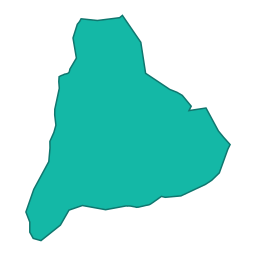 outline of Bayanbulag, Bayanhongor, Mongolia
{"feature_id": "93677404B76460222256412", "entity_name": "Bayanbulag", "entity_type": "district", "adm_level": 2, "iso_a3": "MNG", "parent_name": "Mongolia", "parent_adm1": "Bayanhongor", "projection": "mercator", "projection_center": [98.047, 46.872], "detail": "fine", "context": "isolated", "style": "filled", "palette": "teal", "viewbox_px": 256, "rotation_deg": 0, "n_neighbors": 0, "source": "geoboundaries", "source_scale": "gbopen_adm2", "svg_char_len": 1003}
<svg xmlns="http://www.w3.org/2000/svg" viewBox="0 0 256 256"><path d="M230.1,144.6L223.5,137.2L218.4,131.0L206.0,108.0L189.0,110.6L191.2,106.2L182.3,95.4L177.0,92.3L169.7,89.4L145.6,73.3L140.8,42.3L122.4,15.4L119.6,17.7L97.4,20.5L81.1,18.8L79.6,21.5L77.3,24.3L73.0,38.0L76.4,58.1L69.9,69.1L69.8,69.7L69.5,71.0L69.1,72.3L68.6,72.8L67.9,73.3L66.9,73.7L65.6,74.0L64.5,74.2L63.3,74.8L62.3,75.2L61.2,75.6L59.1,76.7L58.8,81.6L59.3,88.3L54.8,109.3L54.7,114.8L55.9,125.2L53.9,132.4L49.9,141.4L50.0,148.1L48.8,161.6L33.8,189.3L25.9,212.0L29.8,222.1L29.8,232.2L33.2,238.4L41.0,240.6L60.4,225.1L69.0,210.1L82.4,205.5L105.6,209.7L126.2,205.9L127.4,206.1L127.8,206.0L128.5,206.0L129.3,206.0L130.8,206.1L132.8,206.5L135.1,206.9L136.4,207.3L137.4,207.2L138.7,207.1L140.7,206.6L143.0,206.1L145.9,205.4L147.6,205.1L149.0,204.8L149.9,204.4L151.4,203.5L153.3,202.2L161.4,196.4L165.2,197.3L180.9,195.9L205.6,184.3L211.8,180.2L219.3,172.9L227.8,149.3L230.1,144.6Z" fill="#14b8a6" stroke="#0f766e" stroke-width="1.5"/></svg>